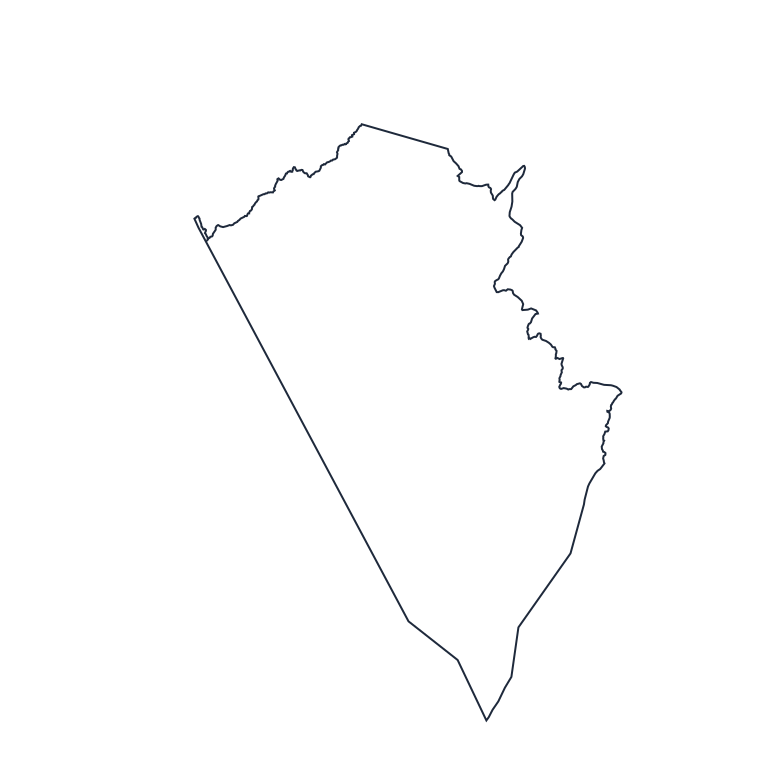 Vinchina, La Rioja, Argentina, rotated 26°
{"feature_id": "61730980B36020479947957", "entity_name": "Vinchina", "entity_type": "district", "adm_level": 2, "iso_a3": "ARG", "parent_name": "Argentina", "parent_adm1": "La Rioja", "projection": "equal_earth", "projection_center": [-68.898, -28.359], "detail": "fine", "context": "isolated", "style": "outline", "palette": "slate", "viewbox_px": 768, "rotation_deg": 26, "n_neighbors": 0, "source": "geoboundaries", "source_scale": "gbopen_adm2", "svg_char_len": 6165}
<svg xmlns="http://www.w3.org/2000/svg" viewBox="0 0 768 768"><g transform="rotate(26 384 384)"><path d="M250.1,160.3L250.1,162.0L249.4,162.5L248.7,164.3L248.8,165.8L248.5,167.5L248.6,168.2L248.2,169.7L246.9,171.3L247.6,172.6L246.1,174.4L246.3,174.8L246.9,175.1L247.1,175.5L246.0,176.7L245.3,177.0L245.1,177.5L245.1,178.1L244.6,178.9L244.8,179.8L245.4,180.2L246.0,181.0L245.6,181.7L245.6,183.2L244.7,184.3L244.8,185.0L244.1,185.6L243.3,185.6L242.9,186.5L242.4,187.0L241.8,187.1L240.7,188.6L240.3,188.6L239.7,189.5L239.6,190.4L239.3,190.9L239.3,191.4L239.8,192.3L239.7,193.0L240.3,193.8L240.1,196.3L241.3,197.5L241.8,199.5L242.4,200.7L242.5,201.4L241.8,202.8L241.5,203.4L239.8,204.7L239.5,205.8L238.4,206.4L238.1,207.2L236.9,208.8L235.7,209.7L234.7,212.6L233.9,212.6L233.5,212.8L233.2,213.8L232.6,214.2L232.2,214.9L231.8,216.0L232.4,217.3L232.4,220.7L231.7,221.6L229.5,223.2L228.8,225.3L228.8,226.2L228.0,226.7L227.0,228.8L227.2,230.1L226.9,230.6L224.8,230.6L223.9,229.6L222.1,228.5L220.6,229.2L219.2,229.0L218.3,228.6L216.9,227.4L215.8,227.8L215.0,228.9L214.4,229.0L212.6,230.6L211.8,230.5L211.2,229.9L210.7,229.9L208.9,228.3L207.9,228.6L207.7,229.9L207.8,230.9L208.3,231.7L208.2,232.5L208.5,233.4L207.5,234.0L206.2,233.6L205.7,234.2L205.5,234.9L204.8,235.3L204.4,236.5L204.5,237.3L203.6,237.9L203.8,240.1L203.5,242.3L203.7,243.7L202.2,245.7L201.2,246.0L199.1,245.4L198.4,246.4L198.6,247.2L199.3,247.8L199.1,251.7L199.2,253.4L199.7,254.4L199.5,254.9L199.4,256.3L199.7,256.9L201.0,257.9L200.2,259.4L200.2,260.5L198.0,261.4L196.7,262.4L195.9,262.5L195.2,264.0L193.9,264.7L193.5,265.7L192.4,266.3L190.0,269.2L188.9,270.3L188.9,270.8L189.7,271.9L190.2,273.3L189.7,274.3L189.8,275.6L189.3,276.6L188.9,278.4L189.0,279.7L188.6,280.4L188.5,281.7L187.9,282.7L188.7,285.0L188.3,286.6L187.7,287.2L187.7,289.0L188.0,289.7L187.4,289.9L186.9,290.5L187.1,293.1L186.6,293.5L185.3,293.9L185.1,295.0L182.6,298.2L182.1,300.0L181.2,301.6L181.1,302.6L179.0,305.2L178.5,307.1L176.9,308.5L175.6,308.8L173.6,310.9L170.6,313.5L167.7,314.1L165.4,313.8L165.0,314.1L164.3,315.5L164.2,317.4L164.9,318.6L165.1,319.3L164.4,324.0L164.9,325.5L164.9,326.3L164.7,326.8L163.4,327.8L163.2,329.1L162.4,330.0L162.4,331.3L162.2,331.9L161.6,330.1L160.8,329.3L159.6,328.7L158.3,327.5L156.9,326.9L156.8,324.3L156.3,323.5L154.9,323.2L154.3,324.2L153.7,324.3L151.8,322.7L151.1,322.7L149.5,320.3L146.3,317.3L145.6,316.1L144.8,315.8L144.1,315.1L143.2,314.7L142.9,314.9L142.1,316.1L142.1,317.1L141.3,317.9L141.1,318.5L148.7,324.8L510.1,586.6L571.2,599.8L623.5,641.5L624.2,637.6L624.4,629.2L625.9,619.2L625.8,604.0L626.9,591.4L611.5,543.8L625.9,454.5L616.5,404.6L615.0,399.9L612.3,386.8L612.2,383.4L613.1,371.6L614.0,368.4L615.6,365.6L617.0,358.7L616.0,357.9L614.9,356.3L613.6,354.9L613.0,352.4L614.0,350.8L613.7,349.7L613.2,348.9L611.8,348.6L610.6,348.8L609.8,347.8L608.5,347.0L607.1,344.8L607.2,341.1L606.7,340.1L606.7,338.4L605.9,338.4L605.0,337.1L604.7,336.2L604.1,335.3L603.9,334.5L604.1,332.5L603.7,329.8L605.8,328.5L606.0,327.3L605.7,326.2L605.5,325.5L604.6,324.9L602.8,325.0L601.8,324.7L601.6,323.8L602.4,321.0L601.9,319.6L601.7,315.6L601.4,314.7L600.0,312.0L599.6,311.5L598.9,311.0L596.9,311.0L596.5,310.3L597.8,310.0L598.8,308.7L599.0,308.0L599.0,306.6L597.8,304.9L597.6,304.3L597.4,303.1L597.7,302.6L597.6,300.9L597.9,300.3L598.0,298.2L598.2,297.7L598.2,296.8L598.8,295.5L599.1,292.2L601.3,288.5L601.1,287.3L598.5,286.0L598.3,285.7L594.3,284.8L590.5,285.2L588.6,285.6L582.1,288.3L575.2,289.6L571.7,291.1L569.2,291.5L568.6,292.7L569.1,294.3L568.8,296.9L568.5,297.3L566.8,297.8L566.1,298.9L565.2,299.4L562.8,299.0L561.0,297.6L559.8,297.5L557.4,299.6L556.8,301.0L555.2,303.1L554.5,306.5L552.6,307.5L552.0,308.2L550.2,308.1L547.3,308.9L545.3,310.8L543.9,310.8L542.8,309.8L542.7,307.4L542.9,306.7L542.7,305.3L542.5,305.0L540.8,305.3L540.4,304.7L540.1,303.3L539.3,302.3L539.1,301.5L539.2,299.7L538.8,298.5L538.7,295.5L538.3,295.1L537.5,293.8L537.9,291.9L537.3,290.6L535.6,289.3L534.7,288.2L533.8,282.4L533.5,282.2L533.1,282.4L530.8,284.6L528.4,284.6L527.4,286.0L526.9,285.9L526.3,283.7L525.4,281.9L525.4,281.0L524.6,278.6L522.9,277.8L522.6,277.1L521.4,276.1L520.0,276.8L518.9,276.7L516.8,275.4L514.2,274.7L510.7,274.3L507.0,274.8L506.2,274.6L504.6,273.6L504.1,272.9L503.7,271.7L502.7,270.2L501.3,270.4L500.5,271.2L500.3,272.1L500.4,273.5L500.0,275.1L498.7,275.5L497.6,276.6L495.7,279.4L495.0,279.0L494.5,279.1L494.2,279.7L493.7,279.1L493.4,278.1L492.3,276.4L491.6,276.2L489.7,274.0L489.7,271.9L489.5,271.2L488.3,270.6L488.0,269.2L487.8,266.8L488.0,266.2L488.6,265.6L489.0,264.0L488.4,260.2L489.5,254.7L491.5,253.2L490.8,252.5L488.4,251.2L483.1,251.6L480.7,254.1L476.0,256.9L475.2,256.4L474.1,251.2L471.3,248.8L466.0,247.2L461.7,246.7L460.1,245.7L458.8,243.9L458.0,243.6L456.3,243.7L453.7,244.6L452.7,246.7L450.9,247.0L449.8,247.6L446.4,251.4L445.0,252.0L441.1,249.0L439.9,247.8L439.8,245.4L438.8,243.8L438.7,243.1L439.5,241.5L440.8,239.8L441.0,238.7L440.8,235.8L440.9,233.1L441.5,230.7L441.5,228.2L441.0,224.7L442.2,221.4L442.2,220.6L442.1,219.6L441.0,217.8L440.9,216.9L441.4,214.8L442.1,213.7L441.9,211.7L442.4,208.8L444.4,202.7L445.0,201.8L444.8,200.9L445.4,195.8L445.0,191.7L444.1,190.6L442.0,190.1L441.2,189.0L440.0,185.4L439.7,183.1L436.7,181.6L430.3,180.9L427.2,179.8L425.5,179.5L423.5,178.4L423.0,177.7L421.7,174.4L420.9,168.7L419.4,163.8L415.7,156.6L415.4,154.9L416.6,151.3L416.9,149.1L416.8,148.1L415.7,143.9L415.8,140.4L417.0,136.9L417.2,134.4L416.3,128.6L415.5,127.3L414.4,126.5L413.6,127.0L410.6,134.7L408.9,136.7L408.7,138.8L408.8,148.5L408.5,149.8L408.5,150.6L407.0,156.8L405.8,158.4L405.5,159.8L404.9,160.9L404.9,161.5L403.9,163.2L403.4,165.1L403.1,166.6L403.2,169.5L402.8,170.3L401.1,169.9L400.4,169.1L399.2,167.0L396.2,165.1L395.2,163.5L394.8,161.9L393.7,161.2L392.1,161.2L391.3,160.7L390.3,159.1L388.5,160.0L385.3,163.2L383.0,164.3L382.2,164.4L381.9,164.8L380.8,165.4L378.1,166.3L373.2,166.6L370.2,167.3L369.2,168.1L366.9,168.7L363.0,168.5L362.3,167.9L360.9,165.0L359.0,164.7L361.2,159.4L360.7,158.3L359.1,157.4L357.6,157.5L355.4,155.5L352.0,154.1L348.9,153.2L344.7,150.1L342.4,149.8L341.9,148.9L341.1,148.4L338.3,144.8L250.1,160.3Z" fill="none" stroke="#1e293b" stroke-width="2"/></g></svg>